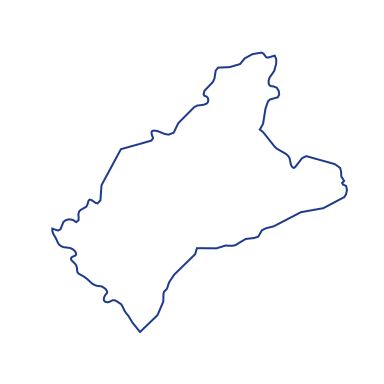 outline of Calvados, rotated 149°
{"feature_id": "FRA-5275", "entity_name": "Calvados", "entity_type": "Metropolitan department", "adm_level": 1, "iso_a3": "FRA", "parent_name": "France", "parent_adm1": "", "projection": "mercator", "projection_center": [-0.269, 49.094], "detail": "fine", "context": "isolated", "style": "outline", "palette": "blue", "viewbox_px": 384, "rotation_deg": 149, "n_neighbors": 0, "source": "natural_earth", "source_scale": "10m", "svg_char_len": 2344}
<svg xmlns="http://www.w3.org/2000/svg" viewBox="0 0 384 384"><g transform="rotate(149 192 192)"><path d="M55.9,123.1L58.7,122.4L58.7,120.5L56.8,117.8L58.1,114.0L61.1,110.7L64.2,109.2L87.8,110.5L109.0,118.6L139.6,120.5L147.3,122.8L151.7,123.2L158.2,119.6L162.5,120.6L170.2,124.1L182.5,124.1L185.6,125.4L191.0,128.9L200.0,131.1L216.7,141.3L221.3,137.1L249.9,130.3L258.3,126.3L263.2,122.0L267.3,120.9L268.8,119.5L273.1,112.8L285.0,104.2L307.3,99.1L308.6,98.8L308.8,99.7L310.3,110.4L310.3,118.3L310.9,122.4L311.0,125.1L310.5,129.5L310.5,132.2L312.9,137.4L314.2,139.1L315.8,140.1L319.5,140.4L321.3,141.0L323.0,142.7L323.3,144.4L322.5,146.1L321.0,147.4L319.3,148.4L316.7,149.3L316.3,149.8L316.0,150.6L315.9,152.9L316.6,154.8L317.5,156.7L318.7,158.2L320.4,159.4L322.4,161.1L324.7,164.5L326.7,171.5L328.3,175.3L331.2,180.4L331.5,182.2L330.8,184.2L329.7,186.1L329.0,188.9L329.3,191.3L330.1,194.0L330.4,195.9L330.2,197.0L329.4,197.8L328.1,198.1L324.9,197.6L323.6,198.0L322.8,200.0L322.9,202.0L323.6,204.0L324.5,205.7L325.8,207.2L330.7,211.0L332.3,213.4L333.0,215.3L333.1,216.9L333.1,217.5L332.8,219.7L332.5,223.3L332.5,227.2L332.2,228.9L331.8,230.6L330.6,232.5L326.6,227.9L323.9,227.8L317.7,232.5L314.7,232.9L311.4,231.9L308.5,229.5L306.8,225.8L303.9,226.2L302.3,228.5L300.9,231.4L298.7,233.5L296.7,234.0L290.4,233.8L288.7,234.6L285.3,237.7L283.7,238.2L282.4,237.0L280.1,232.1L278.8,230.9L274.8,232.0L266.1,244.4L230.9,265.3L200.5,257.0L197.9,258.0L197.4,258.9L197.1,261.2L196.7,262.4L196.0,263.9L195.2,264.7L194.3,264.7L193.0,264.3L190.2,262.0L185.3,255.6L182.5,253.2L177.1,252.3L168.3,258.1L146.4,263.6L143.1,263.4L136.9,260.7L133.7,260.2L132.4,260.7L131.2,261.7L130.3,263.2L130.0,265.1L130.5,266.6L131.3,267.4L131.9,268.3L131.7,269.8L129.3,272.3L117.3,275.6L114.3,277.7L109.2,283.8L105.6,285.2L95.5,279.7L84.9,276.9L77.9,279.4L69.1,279.0L60.7,275.7L59.5,273.9L59.0,269.4L57.8,268.1L50.9,266.3L51.4,262.4L53.7,258.7L59.2,253.4L66.5,250.2L68.8,248.2L70.4,245.5L70.6,243.5L69.6,241.9L67.7,240.5L65.7,237.8L65.6,234.0L67.1,230.6L69.7,229.0L77.4,231.1L80.1,230.6L86.0,225.7L96.0,213.8L101.7,210.6L100.2,206.6L97.8,188.3L97.0,185.5L91.8,176.1L91.0,173.3L91.0,170.5L93.1,164.6L93.3,162.6L92.8,160.7L92.0,160.1L90.8,160.2L80.2,164.3L75.6,163.9L55.2,142.3L52.6,136.3L53.9,132.3L56.0,128.5L55.9,123.1Z" fill="none" stroke="#1e3a8a" stroke-width="2"/></g></svg>